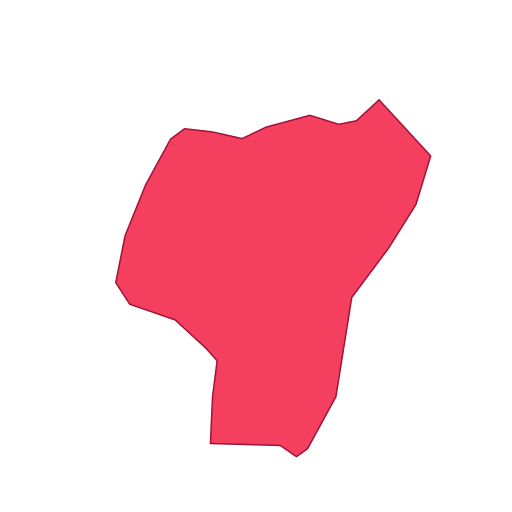 the border of Sunderland, rotated 112°
{"feature_id": "GBR-5664", "entity_name": "Sunderland", "entity_type": "Metropolitan Borough", "adm_level": 1, "iso_a3": "GBR", "parent_name": "United Kingdom", "parent_adm1": "", "projection": "natural_earth1", "projection_center": [-1.453, 54.859], "detail": "fine", "context": "isolated", "style": "filled", "palette": "rose", "viewbox_px": 512, "rotation_deg": 112, "n_neighbors": 0, "source": "natural_earth", "source_scale": "10m", "svg_char_len": 504}
<svg xmlns="http://www.w3.org/2000/svg" viewBox="0 0 512 512"><g transform="rotate(112 256 256)"><path d="M415.3,136.0L426.9,143.3L422.6,162.5L446.9,228.0L428.9,234.4L402.3,243.7L367.7,252.8L360.3,267.8L345.6,306.9L348.0,355.0L333.2,376.1L286.1,385.0L231.6,385.0L179.6,379.0L164.8,370.0L157.3,343.0L152.4,312.9L132.6,294.8L105.4,258.8L102.9,228.6L93.0,213.6L65.1,200.4L97.8,131.5L148.4,127.0L199.1,136.0L258.6,151.7L356.5,129.2L415.3,136.0Z" fill="#f43f5e" stroke="#9f1239" stroke-width="1.5"/></g></svg>